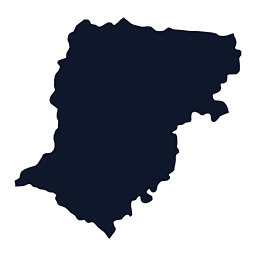 the district of Baranovichy, Brest, Belarus
{"feature_id": "67162791B97838850570601", "entity_name": "Baranovichy", "entity_type": "district", "adm_level": 2, "iso_a3": "BLR", "parent_name": "Belarus", "parent_adm1": "Brest", "projection": "orthographic", "projection_center": [25.916, 53.118], "detail": "fine", "context": "isolated", "style": "filled", "palette": "ink", "viewbox_px": 256, "rotation_deg": 0, "n_neighbors": 0, "source": "geoboundaries", "source_scale": "gbopen_adm2", "svg_char_len": 4341}
<svg xmlns="http://www.w3.org/2000/svg" viewBox="0 0 256 256"><path d="M136.7,26.2L134.1,25.7L130.1,23.8L127.0,21.1L123.5,18.3L121.0,20.3L117.9,23.4L115.9,24.9L114.9,25.8L112.9,25.4L111.2,23.5L108.6,23.0L105.5,24.5L103.7,25.8L101.6,26.8L99.3,27.6L96.7,26.6L95.8,25.6L93.0,25.1L90.5,24.4L89.4,21.9L88.1,20.4L84.5,20.1L82.9,21.5L80.8,23.0L76.9,26.0L76.2,27.2L74.6,31.2L73.6,32.3L70.5,33.6L69.1,35.2L68.3,38.4L68.5,40.8L69.7,43.2L70.0,45.3L70.2,47.7L69.0,50.2L67.7,52.4L67.2,53.6L66.9,55.6L67.1,58.1L65.0,59.0L62.9,59.6L58.7,61.2L58.0,62.8L60.7,66.1L60.4,68.2L58.9,71.3L56.7,73.8L55.6,75.8L54.9,79.6L54.8,82.0L54.8,82.6L54.8,86.6L55.7,89.1L55.5,91.1L53.9,92.9L52.9,94.4L51.0,97.0L50.3,99.8L50.3,101.0L51.3,103.1L54.5,105.4L56.0,106.6L58.0,107.9L58.4,110.5L57.7,112.5L57.5,114.1L57.4,116.9L58.1,119.0L59.0,120.7L58.7,125.6L58.7,128.1L56.2,130.6L54.3,135.7L54.3,139.4L55.3,143.4L55.3,147.1L54.1,150.6L51.6,153.1L48.9,153.9L46.0,153.9L43.7,154.9L42.0,158.2L40.1,161.1L38.5,163.8L35.8,166.3L30.8,167.7L28.5,168.5L24.3,170.3L21.8,172.2L21.0,174.1L20.6,176.3L20.1,178.2L18.1,179.8L15.4,181.1L16.0,184.4L15.9,185.7L17.6,185.7L20.1,185.5L20.9,185.5L23.6,185.2L24.7,184.9L26.3,184.1L27.9,183.4L30.3,183.3L31.6,184.1L32.6,185.4L34.0,186.4L36.2,186.6L37.7,187.1L38.9,188.0L40.9,188.7L43.3,188.9L46.3,189.7L47.9,190.8L50.4,191.7L52.7,191.7L54.7,192.7L55.6,193.4L57.2,194.5L56.8,196.2L56.0,197.4L55.9,198.8L56.7,199.9L57.4,201.4L58.0,203.1L58.9,204.4L61.0,205.3L63.1,205.9L65.7,207.0L67.0,208.1L68.5,209.4L69.9,211.0L71.8,212.7L74.1,214.1L75.8,215.4L76.7,216.9L77.6,218.5L79.5,219.6L81.3,219.6L82.6,219.2L84.4,219.0L85.4,219.6L86.6,221.2L88.0,222.2L89.4,222.0L90.6,221.5L93.1,221.5L95.2,223.0L96.5,224.5L97.8,226.1L99.5,227.6L101.8,229.5L103.8,230.9L105.3,232.3L106.0,233.3L107.6,235.4L108.6,237.1L109.2,237.6L109.4,237.7L112.3,233.6L114.0,231.5L114.8,230.1L115.1,228.6L114.0,226.9L113.4,225.7L112.6,222.1L113.4,220.8L114.5,220.3L116.0,219.5L117.8,219.2L119.0,219.2L121.5,218.6L122.3,217.3L123.4,216.1L124.9,214.7L127.1,213.9L128.3,213.9L129.4,214.6L130.3,215.8L131.4,214.8L131.4,213.8L131.2,211.3L131.0,210.3L130.8,208.4L130.4,207.3L130.4,205.4L130.4,204.2L130.5,202.8L130.6,201.7L131.5,200.5L132.0,200.2L132.9,199.9L134.4,199.6L135.4,199.3L136.1,198.2L137.8,195.9L139.4,195.3L141.2,196.4L141.3,198.1L141.7,200.5L143.1,202.0L145.4,202.6L146.9,202.3L149.0,201.5L151.8,199.6L151.6,196.9L149.8,195.6L148.7,195.1L147.6,194.4L146.7,193.8L145.8,192.1L146.0,191.5L146.6,190.1L147.3,189.3L148.2,188.4L149.1,188.2L150.3,188.4L151.0,189.7L151.2,190.2L151.8,191.1L152.3,191.6L153.3,191.6L154.3,191.5L155.1,191.0L156.0,189.7L156.4,187.7L156.7,186.1L157.1,184.8L158.3,183.2L160.1,181.2L161.5,180.4L164.8,180.1L166.5,180.0L167.8,179.5L168.3,178.8L169.3,178.2L169.3,177.1L168.6,176.5L167.9,174.8L169.2,173.1L171.1,172.1L172.3,171.2L173.7,169.6L173.8,168.2L173.9,166.7L174.3,165.3L174.8,162.8L175.1,159.6L175.0,156.8L175.9,153.8L177.1,153.1L178.3,152.3L178.4,150.8L177.5,149.0L176.5,147.9L176.1,146.3L176.6,144.4L176.6,140.8L176.4,136.6L175.4,134.5L173.6,134.3L171.9,133.5L171.3,132.5L172.2,131.3L173.6,130.3L175.0,129.8L176.3,128.8L176.6,127.4L176.7,126.2L177.3,125.0L178.8,124.4L181.0,124.2L182.8,123.7L184.9,122.3L187.1,121.7L189.2,121.4L190.3,120.9L190.7,119.5L190.5,117.3L190.6,115.2L191.0,113.7L191.5,112.5L192.9,111.2L195.6,111.0L197.7,111.9L198.9,112.6L200.4,113.7L201.3,114.3L202.5,114.6L203.4,114.4L205.4,113.1L206.4,112.7L209.7,113.0L210.6,113.9L211.6,115.7L211.6,117.1L211.7,118.6L212.1,120.2L212.9,121.2L214.0,121.2L215.1,120.8L216.4,119.6L218.1,117.7L219.2,116.0L221.9,114.5L225.9,113.0L228.1,112.2L227.1,108.5L225.8,105.4L223.5,102.6L220.4,101.5L216.7,101.2L214.0,100.8L212.4,98.3L211.9,95.6L212.8,93.5L216.3,92.3L217.7,91.7L219.6,90.2L220.4,88.1L219.7,84.2L221.4,82.6L223.8,82.6L226.1,81.1L226.5,78.4L226.7,74.5L229.1,73.7L233.9,73.6L236.6,73.4L239.0,70.7L239.2,66.8L239.0,63.1L238.4,58.6L239.1,56.6L240.5,55.0L240.6,53.5L240.5,51.5L239.4,50.6L236.4,50.3L234.7,49.1L234.2,47.5L235.1,45.7L235.8,42.3L235.0,39.2L233.9,37.2L233.0,34.1L226.6,36.4L223.0,36.7L218.8,36.3L215.9,34.2L211.1,33.1L204.6,32.5L197.7,31.8L189.8,31.7L182.5,30.8L174.4,30.2L172.7,29.9L169.0,28.2L167.9,28.5L165.4,30.4L163.7,31.5L159.8,31.9L155.8,31.6L153.3,29.5L150.8,27.4L147.2,27.0L144.1,27.5L140.8,27.4L137.7,26.4L136.7,26.2Z" fill="#0f172a" stroke="#020617" stroke-width="1.5"/></svg>